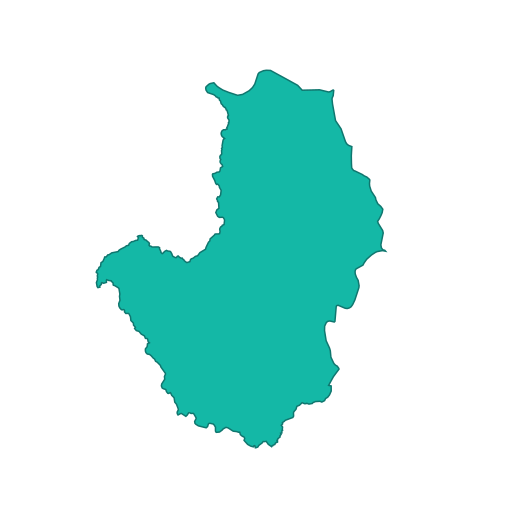 the district of Santiago de Pillaro, Tungurahua, Ecuador, rotated 329°
{"feature_id": "8360857B6057709742750", "entity_name": "Santiago de Pillaro", "entity_type": "district", "adm_level": 2, "iso_a3": "ECU", "parent_name": "Ecuador", "parent_adm1": "Tungurahua", "projection": "robinson", "projection_center": [-78.483, -1.116], "detail": "fine", "context": "isolated", "style": "filled", "palette": "teal", "viewbox_px": 512, "rotation_deg": 329, "n_neighbors": 0, "source": "geoboundaries", "source_scale": "gbopen_adm2", "svg_char_len": 6146}
<svg xmlns="http://www.w3.org/2000/svg" viewBox="0 0 512 512"><g transform="rotate(329 256 256)"><path d="M151.8,413.2L153.6,416.3L155.4,418.2L156.5,417.6L157.1,417.8L157.3,418.4L156.6,420.0L157.0,420.3L159.1,420.7L160.9,419.8L165.0,419.4L166.6,418.7L167.9,419.6L169.3,420.1L169.5,423.7L171.2,427.5L172.0,427.0L172.7,427.3L173.4,426.9L175.0,427.3L176.4,426.3L178.6,426.6L178.9,426.2L178.7,425.2L179.0,424.8L179.6,425.0L180.6,423.9L183.5,423.5L183.8,422.5L185.6,421.9L185.8,420.6L187.0,421.0L188.3,419.0L189.1,419.0L189.2,418.2L190.7,416.3L190.5,414.1L192.4,413.6L192.8,412.4L195.0,412.3L196.5,411.9L204.4,413.4L205.8,412.6L207.3,409.8L208.2,409.0L211.3,408.0L213.6,405.9L216.4,406.3L220.0,405.5L221.5,407.6L222.1,407.7L222.6,408.3L223.7,408.4L225.1,410.2L228.3,411.4L229.3,411.0L232.0,411.4L236.0,413.5L237.2,415.1L240.3,415.3L242.2,414.0L244.7,414.0L247.5,412.9L250.9,410.5L253.5,406.1L251.6,404.3L260.2,399.3L268.9,395.7L269.1,394.9L268.9,392.2L267.9,390.5L267.4,388.2L268.1,381.3L270.9,375.5L271.6,372.8L272.5,364.7L276.3,355.3L278.7,351.5L282.1,349.2L284.0,349.0L285.8,349.7L289.1,352.9L290.0,352.7L298.6,340.8L299.5,340.1L301.0,340.5L305.5,346.7L307.1,348.0L309.4,348.6L311.4,348.5L313.9,347.4L318.1,344.6L327.9,336.1L329.1,334.5L331.0,329.5L331.1,326.1L331.8,322.6L332.8,320.5L334.1,319.1L335.3,318.6L343.0,318.9L345.1,317.6L349.2,315.8L355.5,314.6L360.1,314.4L362.0,314.6L366.1,316.1L367.4,316.7L369.5,318.6L369.3,317.4L367.9,316.0L367.7,313.6L368.8,310.7L376.9,301.8L377.7,299.4L377.6,291.0L378.1,288.9L380.7,287.7L383.9,285.7L386.4,283.9L388.8,281.2L388.5,277.7L387.3,274.0L387.7,269.6L388.5,267.4L388.2,259.7L389.4,254.7L390.6,252.3L392.7,249.5L392.7,248.6L391.7,245.5L390.0,243.0L389.1,240.9L384.7,234.2L383.7,233.0L383.4,230.7L383.5,229.6L385.4,226.0L389.3,219.2L394.5,211.6L392.3,208.8L391.5,206.4L391.6,204.0L394.4,190.8L393.9,180.9L399.9,165.1L402.0,160.6L402.9,159.6L404.7,158.4L407.9,154.1L407.6,153.4L404.2,153.3L402.8,152.9L396.1,146.3L381.0,137.7L379.6,131.1L364.0,104.4L360.5,102.1L357.8,101.0L353.3,100.4L351.6,101.0L343.5,108.0L339.8,109.8L335.2,110.8L327.8,110.6L323.0,108.8L316.8,101.6L313.0,96.6L310.9,92.5L310.0,90.3L309.1,85.8L305.6,84.6L303.9,84.5L300.4,85.2L299.4,86.1L298.6,88.0L298.7,91.0L302.7,95.7L303.6,97.5L303.8,99.1L304.7,100.2L304.8,101.0L305.8,101.7L305.0,103.3L305.4,104.7L304.6,107.5L305.1,109.2L305.0,110.5L305.6,112.5L306.1,112.8L306.1,114.1L305.7,115.4L306.2,116.2L304.8,121.3L303.9,121.5L303.7,122.1L303.2,122.2L302.8,123.1L302.9,125.6L301.7,127.4L301.0,127.5L300.7,128.6L300.3,128.6L297.7,130.7L297.2,130.8L296.5,132.3L295.7,131.9L294.9,132.1L293.3,131.1L291.6,131.1L290.0,132.1L289.1,133.2L289.1,133.8L288.7,134.1L288.5,136.1L289.6,139.1L288.3,139.2L287.4,139.8L283.7,144.0L283.1,145.6L281.9,146.0L281.7,147.3L280.8,147.8L279.4,150.5L278.7,151.2L277.3,151.4L276.1,152.3L275.4,153.9L275.5,155.1L274.1,156.1L273.5,157.4L273.6,159.0L274.0,160.3L273.5,162.1L270.9,162.2L269.0,164.5L267.7,165.0L265.5,164.0L263.8,164.1L261.2,163.3L260.7,163.6L259.8,165.4L259.5,170.0L258.9,172.9L259.0,174.3L260.1,174.6L260.5,176.1L260.5,177.3L260.0,178.4L259.9,181.8L257.1,185.4L255.0,186.4L253.6,185.6L251.7,186.8L251.6,188.7L251.1,189.5L251.5,190.7L248.8,196.0L246.2,196.3L243.9,198.1L243.6,202.2L244.4,204.0L247.2,205.5L247.8,206.4L247.7,208.5L247.3,209.4L244.8,212.6L242.9,212.3L241.9,213.0L240.6,212.9L239.2,213.8L238.6,214.5L237.8,216.5L236.3,218.1L235.5,217.9L232.3,216.1L230.9,216.7L225.5,217.7L224.2,219.3L222.4,219.7L217.7,222.8L216.2,224.2L209.7,224.2L206.1,225.7L203.8,225.1L201.2,225.5L199.0,225.1L198.0,225.4L196.4,226.8L193.6,226.1L193.2,225.9L192.1,223.1L192.2,221.8L191.5,220.7L191.7,219.8L190.7,219.3L189.7,217.6L189.4,216.0L188.6,215.7L186.8,216.3L185.9,215.7L184.5,213.2L185.0,210.5L185.0,208.2L184.6,207.6L182.9,206.3L182.2,205.1L180.1,205.0L177.1,205.8L176.7,205.5L176.3,203.8L176.8,203.1L177.0,200.1L177.6,199.4L177.5,198.9L176.9,197.9L171.6,194.8L170.9,193.3L170.0,192.8L169.9,191.6L171.1,190.4L171.1,189.2L170.4,187.5L170.1,186.0L168.6,184.2L169.1,183.0L168.3,181.5L169.0,180.2L168.8,179.7L168.1,179.1L167.1,179.1L166.7,178.5L165.2,178.1L164.4,178.3L164.7,179.7L162.6,181.5L161.0,180.7L158.3,180.4L156.8,179.7L153.9,180.0L152.3,181.2L150.1,180.5L148.4,180.8L143.5,180.4L141.6,180.5L140.1,181.2L134.0,179.0L130.7,179.2L129.5,178.7L127.2,179.6L125.8,178.9L124.6,180.0L121.9,181.8L119.7,181.9L117.3,184.9L115.6,184.9L113.7,186.4L112.4,186.3L110.8,187.5L110.6,187.9L111.2,189.0L111.1,189.9L109.6,191.4L109.5,192.5L108.6,193.2L108.0,194.6L105.5,196.6L104.1,200.3L104.2,201.7L106.2,202.3L106.6,201.1L108.5,200.8L109.3,200.2L109.5,199.6L110.2,199.4L111.4,200.9L114.2,201.6L115.3,199.7L115.8,199.4L117.3,201.3L119.1,202.6L118.9,203.1L119.5,204.8L119.5,205.8L118.8,207.0L118.7,207.6L119.7,208.7L121.7,212.6L121.7,213.5L119.7,218.5L118.2,220.3L116.6,223.9L113.8,226.1L112.7,228.3L112.5,230.3L112.9,232.5L113.4,233.2L115.0,233.8L115.3,234.5L115.1,235.4L114.5,236.1L114.8,238.2L117.1,239.5L117.3,240.1L117.1,243.4L115.5,246.9L116.2,249.5L116.3,250.4L115.4,252.2L115.9,255.0L114.6,255.6L115.0,258.3L116.9,260.4L117.4,263.8L119.2,267.0L118.8,269.7L120.2,270.7L120.3,271.4L119.4,274.0L119.9,275.5L117.7,275.4L116.1,277.6L113.3,278.7L112.2,280.6L111.9,282.2L112.3,284.0L114.1,285.6L114.8,287.6L115.4,290.9L116.0,292.0L115.7,294.5L116.6,296.1L117.7,300.6L117.3,302.1L117.9,309.8L117.6,310.6L115.4,312.2L114.3,314.6L109.3,317.1L108.0,318.6L107.6,320.8L108.2,322.0L109.9,324.0L109.4,326.2L109.7,328.3L110.3,328.8L112.2,329.0L112.3,329.3L112.0,332.0L112.8,335.3L111.1,339.4L111.5,342.1L110.6,347.0L110.1,347.9L108.0,349.2L107.3,350.6L107.3,352.1L110.1,352.2L111.0,352.6L113.3,357.3L115.2,356.9L117.5,355.7L118.5,356.3L119.2,357.5L121.1,358.5L121.4,359.3L121.3,363.8L121.0,364.5L118.2,366.2L117.5,368.0L117.8,369.3L119.1,371.9L124.8,377.6L126.6,377.3L128.6,375.5L129.5,375.3L130.5,375.8L132.8,378.0L133.1,379.2L133.1,381.8L131.2,385.0L130.9,386.0L131.3,386.8L134.1,388.1L137.3,387.8L138.8,387.3L142.0,387.4L143.5,388.9L146.2,394.4L148.8,396.4L150.3,398.1L151.3,398.7L150.6,401.1L151.5,403.7L152.3,404.4L152.5,405.7L152.4,406.5L150.8,407.9L151.8,413.2Z" fill="#14b8a6" stroke="#0f766e" stroke-width="1.5"/></g></svg>